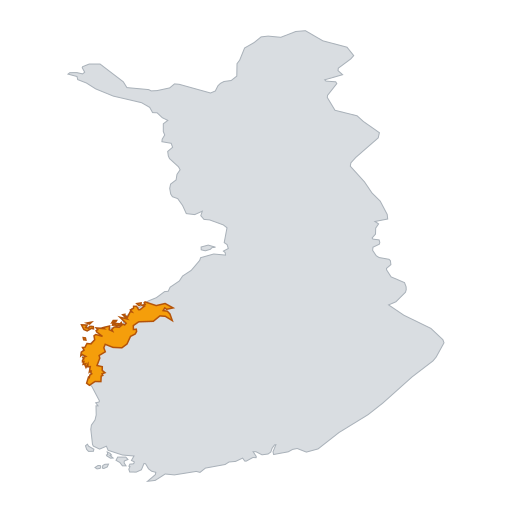 Ostrobothnia on a map of Finland (Natural Earth projection)
{"feature_id": "FIN-3182", "entity_name": "Ostrobothnia", "entity_type": "Province", "adm_level": 1, "iso_a3": "FIN", "parent_name": "Finland", "parent_adm1": "", "projection": "natural_earth1", "projection_center": [22.043, 62.87], "detail": "medium", "context": "in_parent", "style": "filled", "palette": "amber", "viewbox_px": 512, "rotation_deg": 0, "n_neighbors": 0, "source": "natural_earth", "source_scale": "10m", "svg_char_len": 5437}
<svg xmlns="http://www.w3.org/2000/svg" viewBox="0 0 512 512"><path d="M186.3,213.6L182.6,205.5L177.7,198.6L172.4,196.7L170.7,194.0L169.7,188.4L170.6,184.1L176.1,179.9L177.0,174.3L180.1,169.8L178.5,166.8L169.5,158.6L168.3,155.9L167.7,151.4L172.6,147.3L171.2,143.3L161.9,141.7L162.2,139.2L164.7,135.0L163.3,131.5L163.3,123.8L167.8,120.4L162.3,117.7L157.1,112.8L152.6,112.6L149.7,107.4L141.6,102.7L113.3,96.1L95.7,88.9L86.4,83.0L77.7,79.6L77.0,76.5L68.0,74.1L69.8,72.7L76.8,72.6L82.6,73.9L84.7,72.2L82.2,67.7L82.7,66.6L89.3,64.0L100.0,64.0L123.3,81.8L126.9,87.6L148.7,89.6L151.2,90.9L157.1,90.6L169.7,87.9L174.5,83.9L179.2,84.3L210.5,93.0L215.3,91.0L218.0,85.7L220.5,83.3L224.0,81.5L231.2,80.5L236.8,76.1L237.0,63.7L239.7,60.1L244.6,48.0L254.2,42.5L261.1,36.9L268.1,36.1L280.8,37.3L295.7,31.5L305.4,30.7L322.8,40.8L347.0,47.2L353.7,55.6L350.8,58.9L338.3,68.2L338.0,70.6L342.6,74.7L324.7,79.8L326.0,81.1L335.7,81.8L336.8,83.6L327.5,95.4L327.3,97.5L335.0,110.3L357.1,115.8L363.4,121.5L379.4,132.7L378.2,137.9L355.8,157.4L350.9,162.8L350.3,166.2L364.5,181.9L372.0,193.0L380.2,201.1L387.2,214.4L387.7,219.0L374.9,221.5L378.6,223.9L375.7,228.1L375.5,234.1L372.1,238.0L372.9,239.1L379.1,239.9L379.8,242.5L379.3,244.2L373.0,247.2L372.6,250.3L376.2,255.7L379.0,257.5L389.0,259.3L390.4,260.7L390.9,264.6L386.5,268.4L386.6,269.9L391.1,276.9L404.5,282.6L406.1,286.8L406.2,289.7L405.5,292.2L395.9,301.8L388.6,304.9L403.8,315.2L430.9,328.4L442.9,339.7L444.0,342.8L436.2,357.0L433.0,360.9L412.2,376.8L382.9,403.0L368.0,414.7L339.0,432.5L318.1,448.9L306.4,452.1L297.2,448.5L292.6,449.4L288.3,451.8L273.6,454.5L273.0,451.8L275.9,444.7L274.6,444.8L272.1,448.2L270.8,452.0L268.1,454.0L262.0,454.8L255.9,451.7L253.1,451.7L256.2,456.4L256.1,457.7L252.9,457.5L246.3,461.1L244.8,461.1L242.6,458.1L235.6,461.4L229.0,462.0L225.1,464.5L205.4,468.1L200.0,472.4L196.3,471.4L174.4,474.9L165.2,474.0L155.2,480.4L147.5,481.3L155.4,474.6L155.8,472.3L151.6,471.2L148.5,468.8L145.6,463.8L144.0,463.5L141.4,469.8L136.2,472.1L129.7,472.0L128.8,469.2L130.0,466.6L128.9,466.2L129.9,464.1L133.2,463.9L134.2,462.9L134.1,461.7L131.4,460.5L134.0,456.0L122.4,455.0L108.1,450.3L106.4,446.2L99.6,449.1L93.3,446.1L92.5,444.3L90.8,429.3L91.4,425.1L95.0,420.0L96.2,415.0L96.0,405.8L98.0,405.8L95.7,402.8L99.0,402.0L99.5,401.0L91.8,386.4L87.3,383.0L90.7,372.5L90.4,370.1L89.7,367.1L84.2,363.9L82.1,354.5L83.6,349.3L94.5,339.9L95.1,336.2L101.2,335.9L98.4,332.6L97.6,328.5L106.4,327.0L109.7,328.3L117.5,326.8L124.3,323.8L121.7,318.1L125.2,317.9L124.1,316.6L124.3,315.1L127.0,315.7L131.5,311.8L131.6,308.8L139.4,307.2L148.2,301.0L156.3,297.7L164.6,291.6L168.2,291.3L170.1,287.2L179.3,281.0L182.6,276.0L191.3,270.3L199.7,260.4L200.6,257.7L213.7,254.0L225.5,255.1L225.2,252.6L223.4,251.1L228.3,248.5L227.1,244.6L224.2,242.6L227.0,227.8L223.3,224.9L209.6,219.9L204.0,219.4L200.8,215.7L202.3,211.2L194.7,214.6L186.3,213.6ZM117.7,457.1L125.8,457.1L128.0,459.5L124.3,461.0L124.1,462.9L126.0,465.8L122.4,465.8L119.9,462.5L116.0,460.3L117.7,457.1ZM210.4,249.3L205.3,250.8L201.2,249.8L201.1,247.0L208.2,245.1L215.5,247.2L211.9,247.7L210.4,249.3ZM86.9,325.3L86.6,327.7L91.4,326.0L93.3,326.7L93.1,328.8L91.4,328.4L87.5,330.9L83.9,328.7L81.6,325.3L86.9,325.3ZM93.9,449.2L93.4,451.3L88.5,451.4L86.6,449.3L85.5,445.8L87.4,444.2L88.6,446.2L93.9,449.2ZM113.1,458.0L110.5,458.2L106.8,455.9L106.4,455.0L107.8,454.5L107.2,451.9L110.0,453.3L111.5,455.0L110.0,455.4L113.1,458.0ZM107.3,466.9L103.8,468.5L102.4,468.1L102.8,465.5L104.9,464.3L108.5,464.1L107.3,466.9ZM100.1,468.4L97.0,468.9L95.0,467.5L98.0,465.5L100.3,465.6L100.8,466.9L100.1,468.4Z" fill="#d9dde1" stroke="#a8b0b8" stroke-width="1"/><path d="M89.4,385.3L86.6,383.2L88.5,377.1L89.3,377.6L89.8,375.2L91.8,373.8L90.7,372.1L91.5,370.5L89.3,372.1L90.3,366.6L87.9,366.8L87.9,364.1L86.0,367.5L84.8,364.7L85.5,363.8L83.1,364.4L83.9,361.6L82.5,361.9L82.5,360.3L83.9,358.8L82.9,357.6L85.8,356.4L82.2,354.5L80.8,355.8L80.9,354.7L81.3,352.1L84.1,350.2L82.5,347.5L84.9,347.4L87.0,343.5L91.0,343.9L94.7,339.8L94.0,335.8L95.8,334.5L102.5,336.4L96.7,332.0L96.1,330.6L97.8,329.7L96.2,327.9L104.4,328.7L103.0,327.6L109.6,326.0L109.2,329.7L112.7,331.3L111.8,329.4L114.2,327.0L119.3,327.3L122.9,324.2L124.7,325.0L126.2,323.3L119.9,317.2L127.2,319.0L122.7,314.7L124.9,314.3L124.8,315.6L127.4,317.3L130.4,311.5L132.1,312.0L130.4,309.9L133.5,308.3L133.6,306.3L136.6,306.3L138.6,309.7L140.0,309.7L144.4,306.2L142.0,305.3L145.2,304.5L144.2,302.7L145.1,301.9L156.2,305.6L165.1,303.5L173.1,307.9L166.6,309.3L164.8,307.9L163.1,310.6L167.3,311.2L169.9,313.9L172.3,320.6L165.3,316.3L159.9,315.9L153.3,321.3L138.7,321.8L133.3,325.6L133.4,329.5L136.3,329.2L136.6,331.5L135.2,334.0L130.5,336.4L127.0,344.0L121.9,347.8L113.0,347.4L105.2,344.3L103.8,347.8L105.3,351.8L99.1,355.5L99.8,358.1L97.0,365.5L102.3,366.7L102.2,370.4L105.0,372.7L102.0,373.8L102.8,375.4L101.2,376.1L100.9,381.6L95.0,381.5L89.4,385.3ZM93.3,326.6L93.5,328.8L91.3,328.4L87.1,330.9L83.8,329.5L81.5,324.8L87.1,325.1L85.5,327.6L88.6,328.2L89.6,326.4L93.3,326.6ZM118.8,325.4L116.0,325.8L115.7,323.4L120.1,323.8L121.3,322.5L121.8,323.9L120.5,325.5L117.3,325.0L118.8,325.4ZM141.1,302.9L140.9,304.7L138.8,305.5L136.8,303.6L141.1,302.9ZM91.7,322.1L89.6,324.1L86.7,323.0L91.7,322.1ZM85.9,340.1L83.7,339.8L83.2,337.6L85.4,337.9L85.9,340.1ZM111.8,322.8L113.2,320.5L116.6,320.5L115.9,321.6L111.8,322.8ZM114.2,323.3L114.9,325.1L112.5,325.2L112.9,323.8L114.2,323.3Z" fill="#f59e0b" stroke="#b45309" stroke-width="1.5"/></svg>